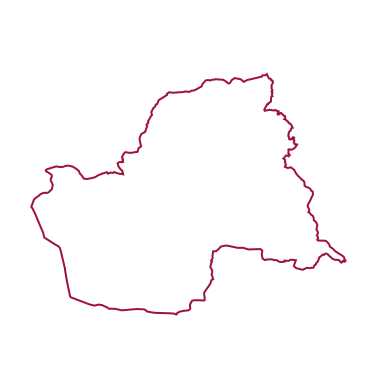 Nyaung-U, Mandalay, Myanmar, rotated 275°
{"feature_id": "60261553B51345078390617", "entity_name": "Nyaung-U", "entity_type": "district", "adm_level": 2, "iso_a3": "MMR", "parent_name": "Myanmar", "parent_adm1": "Mandalay", "projection": "natural_earth1", "projection_center": [95.197, 20.928], "detail": "fine", "context": "isolated", "style": "outline", "palette": "rose", "viewbox_px": 384, "rotation_deg": 275, "n_neighbors": 0, "source": "geoboundaries", "source_scale": "gbopen_adm2", "svg_char_len": 6022}
<svg xmlns="http://www.w3.org/2000/svg" viewBox="0 0 384 384"><g transform="rotate(275 192 192)"><path d="M316.0,256.3L315.6,255.9L314.8,255.3L314.6,253.8L314.3,251.9L313.1,251.6L310.3,243.3L308.4,237.3L306.2,233.9L308.0,231.6L308.6,230.4L309.2,224.6L306.8,221.7L304.3,220.6L303.4,219.7L303.4,218.3L304.9,216.6L305.4,215.5L306.5,213.3L306.4,205.4L306.0,204.9L306.0,204.5L305.9,203.7L305.4,201.9L304.8,200.6L304.6,200.4L304.9,199.2L304.9,198.8L304.8,197.5L304.6,196.7L304.2,195.8L300.4,193.0L298.1,192.4L295.4,188.5L293.3,185.2L292.8,182.4L291.5,180.8L291.6,176.8L290.6,173.5L290.1,169.6L289.2,164.5L289.3,162.0L289.4,160.6L287.4,158.3L286.4,158.6L280.7,150.9L277.7,150.0L276.7,149.7L275.9,148.3L273.8,147.7L272.2,146.2L269.1,144.9L268.5,144.6L267.6,144.6L265.3,145.5L264.4,144.7L258.4,142.0L257.9,142.4L256.3,142.0L256.1,141.5L255.1,140.8L253.6,141.5L247.7,140.0L245.4,136.5L241.7,135.1L238.9,135.4L232.9,137.3L231.1,135.0L227.3,134.2L225.5,126.9L225.9,122.1L223.9,120.5L220.5,119.2L219.8,119.7L219.2,119.9L219.1,120.1L218.8,120.2L218.7,119.9L218.4,119.9L217.9,119.9L217.8,120.1L217.6,120.5L216.5,120.4L216.0,120.7L215.8,120.4L215.8,119.7L215.8,119.4L215.6,119.4L215.4,116.9L214.2,115.4L211.2,116.4L208.3,118.9L207.1,120.7L203.6,121.9L203.8,120.5L204.1,120.5L203.8,118.5L204.5,114.2L205.2,112.9L204.9,112.4L204.2,111.9L204.2,109.0L202.9,106.8L204.3,105.5L202.8,101.7L200.5,97.0L198.4,94.4L197.0,90.4L195.8,86.5L195.8,83.2L198.6,80.9L199.6,80.0L200.1,79.3L200.3,78.8L201.9,78.1L203.2,77.3L205.2,74.3L206.9,70.9L207.5,66.4L207.0,63.8L205.8,61.4L205.4,58.6L205.6,54.2L204.5,51.6L202.1,45.7L201.2,44.5L199.9,44.8L198.9,47.1L197.0,50.5L195.4,51.1L192.6,50.1L190.7,50.4L189.1,51.6L186.7,52.7L182.5,52.1L180.2,50.0L179.6,49.6L179.4,49.3L179.0,48.8L178.7,48.5L178.7,48.2L178.5,47.6L178.4,46.7L178.5,46.4L178.4,45.7L178.4,45.4L178.4,45.0L178.3,44.7L178.2,44.3L178.2,44.1L178.0,43.6L177.5,42.9L177.3,42.7L176.9,41.9L176.7,41.5L176.4,41.1L175.5,40.2L175.3,39.9L174.7,39.6L172.5,36.7L170.3,35.1L163.2,33.2L161.4,34.8L155.2,38.4L142.2,45.2L138.7,47.2L133.8,48.8L128.6,58.7L126.1,63.9L124.6,65.3L122.1,66.3L114.9,68.7L108.3,70.9L104.7,72.1L103.3,72.3L93.3,74.9L83.8,77.7L77.3,79.7L76.4,80.9L71.1,99.6L70.3,104.8L71.7,108.6L71.5,112.1L69.8,117.0L68.4,119.7L68.7,121.5L68.9,125.9L68.0,132.3L70.6,147.1L70.9,153.8L70.7,155.4L69.1,157.5L68.6,161.7L68.4,165.7L69.2,180.0L69.3,184.9L68.5,186.9L69.5,187.8L70.3,187.9L71.8,190.4L71.9,190.9L72.7,193.2L73.2,195.5L73.6,197.6L73.7,198.4L75.0,200.2L75.6,200.4L76.9,200.3L79.3,199.7L81.9,200.7L83.7,201.6L84.4,203.9L84.9,210.7L84.9,213.3L85.7,214.1L88.0,213.8L91.2,213.0L92.9,213.0L93.9,213.4L98.5,216.1L100.0,217.0L102.5,218.3L104.7,218.7L106.1,219.3L107.0,220.7L110.0,219.5L111.9,218.7L113.4,219.1L115.1,219.1L117.1,218.1L118.6,216.9L119.4,216.8L122.7,217.3L124.6,218.1L125.3,217.0L127.8,218.3L130.3,218.0L134.8,218.2L135.1,221.2L137.9,223.9L140.3,225.6L140.3,226.2L141.2,228.8L141.7,231.2L141.4,233.7L140.5,241.1L140.5,241.3L140.3,242.4L140.9,247.4L139.7,253.3L141.1,265.2L139.6,267.2L136.0,266.9L131.8,268.1L130.5,270.7L130.8,271.5L131.2,272.0L131.4,272.9L131.5,273.9L131.6,275.3L131.8,276.7L131.8,277.5L131.4,279.8L131.4,282.5L130.1,285.0L130.1,287.8L130.8,290.4L131.7,290.2L131.8,294.1L133.2,296.5L133.1,301.4L127.2,299.9L125.6,301.7L124.9,303.7L124.8,306.0L124.2,307.7L124.4,309.8L125.1,310.6L125.4,311.1L126.2,312.6L126.5,313.4L126.4,315.4L126.5,316.6L127.0,317.8L127.2,319.6L129.5,320.2L130.7,321.8L131.8,321.8L133.7,323.4L137.0,324.3L138.0,324.5L138.2,324.8L138.8,325.6L139.6,326.4L140.4,326.9L140.8,327.4L140.9,328.1L140.8,328.9L141.4,329.2L142.0,329.8L142.4,330.8L142.0,332.3L141.4,333.2L140.8,333.7L137.4,338.3L136.9,341.1L137.1,342.0L137.1,344.1L136.6,344.9L135.9,345.2L135.6,345.8L135.0,346.3L134.7,347.2L135.4,347.9L136.4,348.2L136.0,349.2L135.9,349.9L136.8,349.7L137.1,350.8L138.1,349.9L140.3,349.1L141.9,346.9L143.5,343.5L145.7,339.6L147.9,337.2L149.2,334.5L152.4,332.7L154.7,330.1L155.1,328.8L154.8,325.1L154.8,323.7L154.6,322.3L154.8,321.3L155.6,320.9L156.9,321.7L159.0,320.8L159.5,320.1L160.9,320.7L161.9,321.1L162.7,320.9L163.6,320.5L164.6,319.8L165.3,319.3L166.2,319.3L170.3,319.7L172.8,318.2L174.6,315.8L176.7,315.5L178.9,314.4L179.4,313.1L181.4,311.0L182.1,309.7L183.1,310.2L183.9,310.5L184.6,310.4L188.1,308.3L190.6,309.0L193.3,310.3L195.9,311.2L200.2,312.8L203.1,312.1L203.7,310.6L205.4,309.6L206.3,308.2L206.9,305.6L208.0,303.6L211.2,303.2L212.7,302.4L213.8,300.6L213.9,300.1L214.5,299.8L217.3,296.2L219.5,294.1L222.7,292.0L224.5,289.6L225.2,288.2L224.3,285.5L224.5,284.2L225.2,282.3L227.2,283.2L228.2,282.6L229.2,282.6L230.1,281.9L230.7,282.0L232.2,281.8L233.3,280.1L236.7,282.7L236.5,283.9L236.1,285.0L236.8,284.9L237.4,286.1L239.3,284.5L241.7,284.7L242.6,284.3L242.9,284.7L243.0,285.6L242.8,286.5L242.7,287.2L243.1,288.0L243.4,288.7L244.3,289.7L244.7,290.3L245.8,291.2L247.2,292.0L248.5,292.6L248.6,292.1L248.4,290.9L248.4,290.3L249.4,290.1L250.0,289.1L252.3,289.5L252.8,288.7L253.6,288.5L254.2,288.9L254.9,289.1L255.2,288.7L255.4,288.0L255.1,287.4L254.4,287.2L253.6,287.2L253.3,287.1L253.4,285.9L252.9,285.3L252.9,284.5L253.5,284.0L255.5,283.7L256.3,282.9L257.2,283.3L259.2,283.1L260.0,283.5L260.6,283.6L261.8,284.9L264.0,285.4L264.5,285.9L264.8,286.7L268.0,284.7L268.2,284.1L268.7,283.8L269.2,282.2L270.4,281.7L270.9,280.6L271.8,279.7L272.3,279.0L272.6,277.6L273.8,278.4L275.7,278.1L276.1,276.4L276.6,276.0L277.2,275.8L277.8,274.3L278.4,274.1L278.5,273.3L278.0,272.7L277.8,272.2L277.2,272.1L276.8,271.7L277.0,271.1L276.8,270.8L277.6,270.3L279.5,271.3L280.1,271.2L280.2,270.4L280.2,269.2L281.0,267.9L280.3,266.4L280.7,262.5L279.9,259.4L279.2,257.5L279.7,257.0L280.5,256.9L285.6,259.0L285.5,259.3L285.8,259.5L286.1,260.2L286.7,260.2L287.2,260.4L287.4,261.1L287.7,261.3L288.9,262.7L293.6,262.6L294.5,263.8L295.6,263.0L295.8,263.1L296.9,263.2L297.9,263.6L299.0,262.4L300.3,263.3L302.1,262.2L303.5,262.3L304.6,261.8L308.4,263.2L309.9,262.5L310.1,261.2L311.0,261.1L311.4,260.5L311.8,259.5L311.9,258.7L316.0,256.3Z" fill="none" stroke="#9f1239" stroke-width="2"/></g></svg>